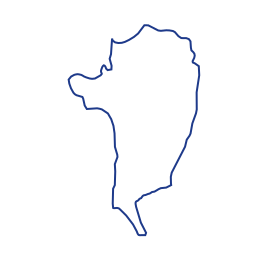 outline of Nangarhar, rotated 278°
{"feature_id": "AFG-1764", "entity_name": "Nangarhar", "entity_type": "Province", "adm_level": 1, "iso_a3": "AFG", "parent_name": "Afghanistan", "parent_adm1": "", "projection": "robinson", "projection_center": [70.357, 34.369], "detail": "fine", "context": "isolated", "style": "outline", "palette": "blue", "viewbox_px": 256, "rotation_deg": 278, "n_neighbors": 0, "source": "natural_earth", "source_scale": "10m", "svg_char_len": 1945}
<svg xmlns="http://www.w3.org/2000/svg" viewBox="0 0 256 256"><g transform="rotate(278 128 128)"><path d="M214.3,99.8L212.5,100.6L211.0,103.3L210.8,106.6L211.5,110.0L212.8,112.9L215.4,116.8L219.0,121.2L223.0,124.9L232.0,129.9L232.5,133.7L228.8,144.3L228.8,147.0L230.1,152.3L230.4,155.4L230.3,159.0L229.5,161.1L226.0,165.1L224.5,168.2L224.7,170.6L225.1,173.1L224.5,175.9L222.5,177.8L216.3,179.1L213.7,180.0L212.2,182.1L210.8,183.4L208.9,184.0L206.6,183.8L203.2,182.7L201.9,183.1L201.4,185.0L199.1,189.5L190.1,191.2L172.9,191.0L155.9,193.5L152.0,193.3L141.5,191.1L131.2,190.7L128.9,190.0L124.6,187.8L117.4,187.1L89.9,177.5L85.6,177.2L78.9,178.3L77.5,178.7L76.5,177.3L74.3,174.1L73.0,168.9L71.6,166.7L70.6,165.5L68.7,163.1L68.0,160.9L67.8,160.5L67.4,160.1L66.5,159.1L66.2,158.7L65.9,158.1L65.4,156.9L64.1,154.7L63.6,153.1L63.2,152.5L62.8,152.1L62.2,151.7L60.8,151.0L60.4,150.8L60.1,150.3L59.7,149.6L59.5,149.3L59.1,149.0L58.0,148.4L57.8,148.2L57.4,147.8L56.6,146.6L56.0,146.1L55.0,145.9L53.8,146.1L51.1,147.0L36.1,153.9L26.7,160.5L24.3,160.0L23.5,154.5L23.6,153.4L24.0,152.9L24.8,152.2L26.8,151.1L33.2,146.4L41.1,138.4L46.1,131.7L47.1,130.2L47.3,128.9L47.3,128.1L46.8,126.0L46.7,125.3L46.7,124.7L46.8,124.4L51.0,123.4L65.8,121.7L69.6,122.9L83.3,121.4L90.4,120.0L97.8,121.6L100.0,121.1L107.5,117.7L120.9,115.4L128.1,113.3L134.5,110.1L136.1,108.8L139.6,106.1L142.8,99.5L143.1,97.3L143.2,94.7L141.1,84.6L144.2,82.0L150.9,79.5L152.4,78.5L153.3,72.4L154.1,70.6L155.4,69.0L159.4,66.0L163.8,63.7L167.7,62.5L171.0,64.5L173.1,67.3L173.6,68.4L174.2,70.2L174.3,71.2L174.3,72.0L174.1,74.2L173.7,75.5L172.9,77.3L172.3,79.6L171.7,83.2L171.7,85.6L172.4,88.4L176.4,93.6L177.1,94.0L178.0,94.5L178.5,94.3L179.8,93.5L180.9,93.3L182.4,93.5L185.0,94.1L186.1,94.7L186.7,95.3L186.5,96.0L186.1,96.6L185.4,97.2L183.7,98.1L183.0,99.1L182.5,99.8L183.7,103.4L187.3,103.1L194.0,100.2L198.7,100.9L214.2,99.8L214.3,99.8Z" fill="none" stroke="#1e3a8a" stroke-width="2"/></g></svg>